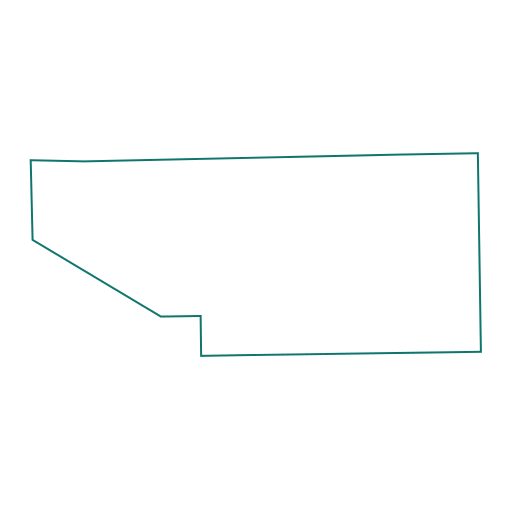 Piatt, Illinois, United States of America, rotated 269°
{"feature_id": "52423323B52608022104094", "entity_name": "Piatt", "entity_type": "district", "adm_level": 2, "iso_a3": "USA", "parent_name": "United States of America", "parent_adm1": "Illinois", "projection": "orthographic", "projection_center": [-88.573, 40.037], "detail": "fine", "context": "isolated", "style": "outline", "palette": "teal", "viewbox_px": 512, "rotation_deg": 269, "n_neighbors": 0, "source": "geoboundaries", "source_scale": "gbopen_adm2", "svg_char_len": 319}
<svg xmlns="http://www.w3.org/2000/svg" viewBox="0 0 512 512"><g transform="rotate(269 256 256)"><path d="M347.3,479.6L354.9,479.6L354.9,400.0L353.9,159.9L353.6,85.9L355.7,32.4L276.0,32.9L197.1,159.8L197.0,199.6L157.1,199.4L157.1,239.2L156.3,479.2L347.3,479.6Z" fill="none" stroke="#0f766e" stroke-width="2"/></g></svg>